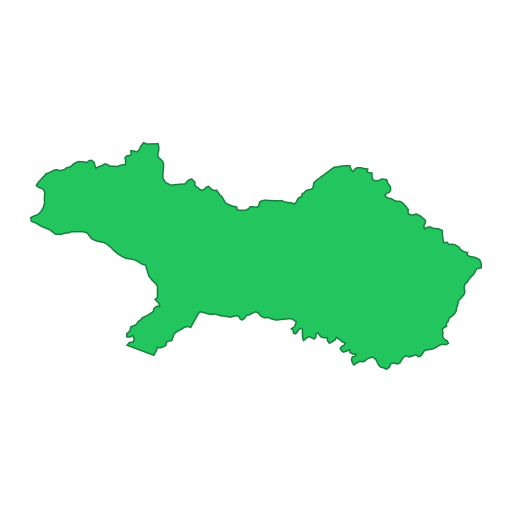 the district of Caçador, Santa Catarina, Brazil
{"feature_id": "56859067B84953016884325", "entity_name": "Caçador", "entity_type": "district", "adm_level": 2, "iso_a3": "BRA", "parent_name": "Brazil", "parent_adm1": "Santa Catarina", "projection": "orthographic", "projection_center": [-51.104, -26.764], "detail": "fine", "context": "isolated", "style": "filled", "palette": "green", "viewbox_px": 512, "rotation_deg": 0, "n_neighbors": 0, "source": "geoboundaries", "source_scale": "gbopen_adm2", "svg_char_len": 5705}
<svg xmlns="http://www.w3.org/2000/svg" viewBox="0 0 512 512"><path d="M30.7,217.7L31.3,221.1L33.3,222.1L35.5,222.8L37.6,224.0L40.2,225.7L43.6,227.3L46.4,228.4L49.2,229.5L51.4,231.0L55.3,234.1L58.8,234.3L61.7,234.2L64.3,233.2L68.3,232.9L71.6,231.7L75.2,231.7L77.9,231.7L80.1,231.6L82.7,231.7L85.1,232.2L87.4,233.1L89.2,235.7L91.7,238.8L94.8,240.3L98.9,241.6L103.3,242.3L105.9,243.5L108.3,245.3L111.1,247.6L113.9,250.6L115.8,252.2L118.0,253.9L120.2,255.3L122.4,256.6L125.3,258.0L128.3,258.7L131.0,259.0L134.4,259.8L137.4,261.2L140.0,262.9L142.8,264.5L145.4,264.7L148.9,276.1L152.1,280.2L154.4,282.5L156.0,284.1L157.5,286.3L157.4,297.5L155.1,299.4L157.4,301.9L159.1,303.7L159.6,306.6L157.4,306.2L155.4,307.1L153.9,308.8L153.2,311.6L146.9,315.8L142.6,317.6L140.2,320.2L138.0,321.6L136.7,324.1L133.7,325.9L130.9,326.7L130.1,330.3L128.6,332.2L126.7,333.8L126.9,337.0L130.5,337.0L132.9,335.3L134.3,339.0L133.0,342.2L129.5,342.4L127.1,345.2L153.8,355.3L155.4,352.5L156.7,349.9L157.2,347.5L160.1,347.8L163.1,346.9L165.8,345.5L166.6,342.1L169.4,340.9L171.7,340.7L172.7,338.1L173.9,334.1L177.1,331.4L179.7,330.2L182.1,328.8L184.8,327.1L188.1,326.5L190.7,327.4L199.0,312.4L201.2,311.9L204.1,312.6L207.3,313.7L209.9,314.3L212.2,314.4L214.8,313.9L218.6,315.1L221.1,315.8L224.0,316.1L227.4,316.6L230.5,317.2L233.1,316.4L236.0,315.8L238.7,316.1L240.1,318.8L242.1,320.0L244.6,318.3L246.4,315.5L249.2,314.8L251.1,313.8L253.3,312.7L255.4,311.8L258.0,312.7L260.6,315.9L264.4,317.9L268.1,317.4L271.3,318.8L274.1,319.6L276.3,320.0L278.5,319.8L280.6,319.5L283.0,319.3L286.4,319.0L289.1,318.6L291.7,318.9L294.4,320.5L296.3,322.0L295.3,324.7L294.4,326.9L291.4,328.7L293.3,330.6L293.5,333.3L295.7,333.8L297.4,331.7L298.5,329.7L300.4,328.3L302.5,329.3L302.4,332.4L302.5,335.4L302.7,338.2L303.6,340.5L305.5,339.0L307.4,337.2L309.9,336.8L312.1,338.1L314.2,339.0L315.8,337.2L316.0,333.8L317.9,332.7L319.2,334.7L320.8,336.8L323.4,337.7L327.0,337.7L327.7,341.0L329.4,343.3L332.8,341.4L335.4,339.6L336.3,337.2L339.5,339.5L342.5,342.0L345.3,343.1L344.0,345.3L341.8,346.3L340.1,348.4L341.6,350.8L343.4,352.1L346.1,351.3L349.7,349.9L350.0,352.6L353.2,354.1L356.2,354.2L355.1,356.3L352.3,356.9L351.4,359.5L352.1,362.1L353.8,365.0L356.4,363.3L359.7,361.3L362.1,361.8L364.7,361.3L366.6,359.3L368.7,358.2L372.1,357.2L374.2,358.0L376.4,360.4L378.3,364.5L380.5,367.1L383.2,367.7L386.5,369.3L389.4,367.1L391.1,363.4L394.1,363.0L396.9,364.0L399.9,362.9L401.4,360.3L403.3,357.4L406.2,355.8L409.3,357.0L413.5,355.5L416.2,354.8L418.2,356.6L420.6,356.2L422.4,353.7L424.6,350.3L428.3,349.7L431.4,349.2L434.0,348.4L436.7,347.0L439.0,345.4L442.2,344.3L445.9,344.7L448.4,343.3L447.3,340.9L444.7,339.6L443.0,337.6L442.6,335.3L443.0,332.5L442.2,329.4L443.8,327.8L446.6,326.3L446.3,323.3L448.1,321.6L449.1,318.1L451.9,316.2L454.1,314.2L456.1,311.1L456.6,308.0L457.7,304.6L458.5,300.8L461.3,297.6L463.8,294.9L464.9,292.1L464.1,287.9L464.9,284.3L467.4,281.8L469.6,278.3L471.6,276.4L473.9,273.8L476.7,268.9L481.2,267.8L481.3,264.9L480.8,262.3L479.8,260.0L477.6,258.5L474.3,257.2L471.9,256.8L469.6,256.4L466.8,254.8L467.6,252.5L465.2,252.2L462.5,250.9L460.4,249.4L458.9,247.1L455.0,244.8L452.0,244.2L448.8,244.6L447.2,242.3L443.7,242.8L443.0,239.0L442.4,234.9L442.2,230.5L438.4,228.7L435.2,228.5L432.3,228.1L429.9,226.8L427.4,227.3L424.5,228.9L423.8,225.8L425.1,223.5L425.6,221.2L424.3,219.2L420.5,216.1L416.1,213.9L412.5,215.2L409.2,214.4L407.8,212.3L408.3,209.6L405.1,205.5L402.5,202.8L399.8,201.3L397.6,201.4L394.5,200.6L391.4,198.7L388.9,198.3L386.5,197.3L384.8,195.1L386.9,193.2L389.5,192.1L390.7,189.8L390.3,186.5L388.4,184.2L387.4,182.0L386.7,179.6L382.0,179.0L378.4,180.6L375.4,181.0L372.7,179.5L371.9,176.0L372.0,173.0L369.3,172.8L367.2,171.9L367.7,169.0L364.6,168.7L360.9,167.7L356.9,167.8L355.0,169.1L352.8,171.6L351.0,169.4L349.9,165.7L346.0,165.7L343.5,166.0L340.4,166.2L337.6,167.0L334.9,167.0L332.6,168.3L330.9,169.6L328.3,171.6L325.8,173.3L323.8,175.0L321.6,176.4L319.2,178.4L316.1,180.5L313.9,182.8L313.4,185.6L312.7,188.2L310.8,189.5L308.3,189.7L305.7,190.9L304.0,192.8L302.0,194.0L301.7,196.8L299.6,197.2L297.8,198.8L296.4,202.0L294.2,204.1L291.9,202.9L288.1,202.5L284.6,201.9L281.7,200.6L278.8,200.9L276.0,200.7L273.9,200.7L270.9,200.6L267.6,200.4L265.3,200.2L262.2,200.7L259.8,201.8L259.1,204.4L258.2,206.8L255.9,207.2L252.7,206.8L250.4,206.7L248.8,208.4L246.6,209.9L244.6,210.3L242.4,210.3L240.0,210.2L237.3,210.2L236.6,206.9L233.1,206.3L228.9,204.7L225.7,203.1L224.4,201.1L223.0,198.6L221.7,196.4L219.8,195.0L218.4,192.8L216.6,190.2L213.8,190.5L211.4,189.1L208.5,186.3L206.2,187.3L204.2,189.4L201.7,190.4L199.4,189.0L196.8,187.0L194.9,185.5L194.9,182.2L191.7,179.0L188.8,180.0L186.8,181.7L185.5,183.8L183.4,184.1L180.1,184.2L176.4,184.6L173.2,184.9L170.8,185.2L168.1,183.8L165.7,182.6L164.2,180.5L162.8,177.5L162.9,173.4L163.3,169.0L163.7,164.8L162.8,161.7L160.8,159.4L158.3,157.5L157.7,154.1L158.7,150.5L158.8,147.3L158.1,143.7L154.9,143.9L151.3,143.9L147.2,144.1L143.5,142.7L142.1,144.6L140.5,146.8L139.4,149.6L136.8,151.9L134.3,151.1L130.8,150.8L131.2,154.3L129.5,155.7L126.8,155.8L125.1,157.6L125.4,159.9L125.7,162.4L125.2,164.8L122.9,164.8L120.4,165.3L117.3,166.5L113.2,166.2L110.0,166.2L107.0,164.3L104.5,163.9L102.0,165.6L98.6,166.7L96.1,168.2L95.0,166.0L94.2,162.6L91.7,160.3L89.1,160.7L86.8,162.5L84.5,162.0L81.5,161.7L78.8,161.6L76.3,162.3L73.2,164.2L70.6,166.7L66.4,167.9L64.7,169.4L62.4,170.2L59.4,170.6L56.7,169.6L54.2,170.1L51.6,171.5L49.0,172.7L45.9,173.9L44.1,176.2L42.4,177.6L40.7,179.9L38.2,182.4L36.3,185.4L38.3,187.3L40.4,187.9L42.6,188.8L44.3,191.1L44.9,193.7L44.4,197.0L44.4,199.7L44.6,202.1L43.9,205.7L43.1,207.9L41.4,211.0L38.1,214.4L32.6,216.6L30.7,217.7Z" fill="#22c55e" stroke="#15803d" stroke-width="1.5"/></svg>